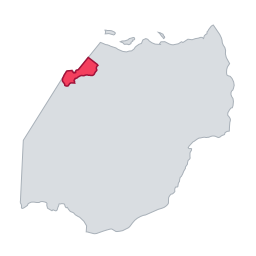 location of Kilimanjaro within United Republic of Tanzania, rotated 273°
{"feature_id": "TZA-3393", "entity_name": "Kilimanjaro", "entity_type": "Region", "adm_level": 1, "iso_a3": "TZA", "parent_name": "United Republic of Tanzania", "parent_adm1": "", "projection": "orthographic", "projection_center": [37.535, -3.747], "detail": "fine", "context": "in_parent", "style": "filled", "palette": "rose", "viewbox_px": 256, "rotation_deg": 273, "n_neighbors": 0, "source": "natural_earth", "source_scale": "10m", "svg_char_len": 4850}
<svg xmlns="http://www.w3.org/2000/svg" viewBox="0 0 256 256"><g transform="rotate(273 128 128)"><path d="M90.8,187.5L87.7,185.9L84.8,184.9L82.5,183.8L81.4,182.7L79.3,182.3L77.4,182.2L75.6,181.2L72.0,180.8L71.6,180.1L71.5,178.6L70.9,178.3L69.6,177.9L68.2,177.9L67.3,178.1L66.8,178.0L65.7,177.1L64.6,176.0L64.1,174.3L62.5,173.1L60.6,172.2L55.3,172.3L54.5,172.1L53.2,171.2L51.7,169.7L50.5,168.0L49.5,165.7L48.4,162.6L42.1,150.1L41.5,147.7L40.3,145.1L38.3,141.9L36.2,139.6L33.4,137.4L30.2,135.3L28.5,133.8L25.2,128.0L24.5,125.2L24.0,122.4L24.1,121.2L26.1,117.5L26.3,116.5L26.0,115.1L25.0,112.1L23.7,108.6L21.0,102.1L20.7,100.5L20.7,99.3L22.1,92.6L22.1,91.7L28.1,91.8L32.5,88.9L36.3,84.5L37.1,82.7L38.6,79.9L40.1,78.5L40.7,77.6L41.6,74.8L43.6,72.9L45.6,71.5L45.1,70.5L45.4,70.1L46.5,69.3L48.6,68.6L49.0,67.2L49.0,65.6L48.6,64.6L48.7,63.6L48.4,63.0L47.0,62.9L45.0,62.1L43.2,61.7L42.1,61.3L41.7,60.9L41.5,59.9L42.4,57.4L41.4,56.4L43.5,52.2L43.9,51.7L44.7,51.6L45.9,51.1L47.0,50.9L47.9,51.1L48.6,50.9L49.2,50.4L49.7,49.0L50.1,46.6L49.9,44.7L49.0,43.2L48.8,40.9L49.1,37.9L48.9,35.3L47.9,33.3L46.9,32.1L45.4,31.6L43.0,28.5L42.2,27.0L42.3,26.1L43.2,25.7L44.7,25.8L46.1,25.4L47.5,24.5L48.8,24.3L49.4,24.4L110.2,24.1L181.4,63.7L181.7,64.2L182.3,67.6L182.2,68.7L181.1,70.7L180.8,71.7L180.7,72.5L181.0,72.7L182.0,72.8L182.7,73.3L183.0,73.7L183.6,75.2L184.4,75.9L211.4,95.5L212.0,95.8L211.6,97.4L210.1,101.4L210.0,103.0L209.4,105.0L208.8,106.2L207.3,111.8L206.0,113.9L204.2,118.8L203.9,122.5L204.9,125.2L205.2,127.6L207.3,130.0L209.0,130.9L210.1,132.0L212.1,134.5L213.2,137.0L216.8,138.3L218.2,141.1L217.6,143.1L216.0,144.7L214.4,147.3L213.2,150.7L213.1,155.9L213.9,155.1L215.8,156.4L216.1,160.3L214.1,164.8L213.5,166.9L213.4,168.7L214.8,174.0L216.9,176.8L216.7,177.6L216.2,178.3L219.8,183.2L219.5,187.4L220.8,190.7L221.4,193.5L222.3,195.7L222.4,197.2L221.3,198.8L223.9,199.3L225.5,200.6L226.2,201.9L228.1,201.9L229.2,202.8L230.7,203.5L233.9,205.7L234.8,206.8L235.3,207.8L226.2,214.7L222.9,216.5L220.6,217.3L218.1,217.7L215.7,218.8L213.4,220.5L210.6,221.4L207.1,221.4L203.4,222.5L197.6,226.1L194.2,224.1L191.6,223.5L188.5,223.5L186.7,223.8L186.0,224.2L185.4,225.4L184.9,227.4L182.9,229.3L179.5,231.1L176.2,231.8L173.3,231.3L171.3,230.6L170.3,229.5L168.7,229.0L166.7,229.1L164.8,229.9L162.9,231.3L160.0,231.9L155.9,231.7L153.7,231.1L153.4,229.9L151.6,228.5L148.4,226.9L146.0,226.9L144.4,228.4L143.0,229.4L141.8,229.8L140.6,229.8L139.0,229.4L134.5,229.3L130.2,229.3L129.8,227.1L128.9,225.8L128.1,225.0L126.7,224.8L126.2,224.2L125.7,222.8L125.0,221.6L124.0,220.6L123.5,219.7L123.2,218.9L123.4,218.0L124.3,215.7L124.5,214.2L124.4,212.6L123.9,211.0L122.9,209.0L123.0,208.5L122.6,207.1L122.6,206.2L122.8,205.1L122.6,203.5L121.7,200.3L121.7,199.5L120.7,197.9L117.8,194.2L117.7,193.7L113.2,190.0L111.4,189.1L110.8,189.9L110.6,190.5L110.8,191.7L110.7,192.3L110.5,192.6L109.4,192.5L108.8,192.4L107.1,191.4L105.8,191.2L102.5,191.4L101.4,191.6L100.5,191.4L98.7,189.7L96.7,189.3L94.9,189.2L91.9,187.3L90.8,187.5ZM217.3,124.6L218.7,128.7L218.5,129.5L217.5,130.0L217.0,130.0L216.3,129.4L215.9,128.0L215.1,128.3L213.7,126.6L212.4,126.5L211.2,124.5L211.7,122.8L211.4,119.9L212.9,118.3L213.7,115.8L214.6,117.5L214.8,120.3L216.1,123.4L217.3,124.6ZM224.5,99.9L224.6,100.9L224.3,101.8L224.4,104.8L224.2,106.7L223.1,109.4L222.2,110.4L221.4,110.1L220.7,109.7L220.2,108.9L221.3,104.0L220.8,100.3L222.9,100.7L224.5,99.9ZM221.3,159.6L220.2,159.9L219.8,159.6L219.2,158.8L220.3,158.1L221.4,156.8L223.9,154.8L225.1,153.3L224.9,154.8L223.4,158.2L222.2,158.4L221.3,159.6Z" fill="#d9dde1" stroke="#a8b0b8" stroke-width="1"/><path d="M177.2,61.3L179.9,62.8L181.5,63.7L181.8,64.2L182.1,66.3L182.1,66.5L182.5,68.9L182.2,68.9L182.0,69.1L181.9,69.4L181.9,69.7L181.6,69.8L181.1,70.0L180.7,70.3L180.4,70.7L180.3,70.8L180.2,71.0L180.2,71.3L180.2,71.5L180.3,71.6L180.7,71.7L180.7,71.8L180.7,72.1L180.5,72.5L180.6,72.8L181.5,72.7L181.9,72.8L182.3,72.9L182.7,73.1L183.0,73.3L183.1,73.6L183.4,74.8L183.6,75.2L183.9,75.5L185.0,76.3L186.6,77.5L188.3,78.7L189.9,79.9L191.6,81.1L193.2,82.3L194.9,83.5L196.4,84.6L189.8,94.1L188.9,94.7L188.4,94.1L188.0,93.7L187.8,93.6L187.4,93.5L187.2,93.4L186.9,93.3L185.8,93.3L185.3,93.3L184.6,93.8L184.2,93.8L183.7,93.7L182.4,92.6L180.7,91.7L180.2,91.6L179.2,90.8L178.6,89.7L178.5,88.2L178.7,86.7L178.6,86.1L178.6,85.5L178.9,84.8L178.9,84.2L178.8,83.7L178.4,82.2L178.1,81.8L177.9,80.9L178.0,78.7L177.7,77.8L177.1,76.8L176.4,75.6L175.3,74.5L174.7,73.0L174.8,72.7L174.5,72.4L174.0,72.4L173.4,72.2L173.2,71.9L172.9,71.6L172.6,71.6L172.2,71.7L171.6,72.2L171.1,72.2L170.6,72.2L170.1,72.4L170.1,68.8L169.4,67.5L168.0,66.6L167.4,66.3L166.9,65.9L166.7,65.0L166.7,64.0L167.2,62.7L168.5,62.4L169.1,62.1L169.6,61.6L170.8,60.6L171.7,60.0L172.7,60.0L173.0,60.1L173.4,60.0L174.1,60.1L174.7,60.4L176.3,61.1L177.2,61.3L177.2,61.3Z" fill="#f43f5e" stroke="#9f1239" stroke-width="1.5"/></g></svg>